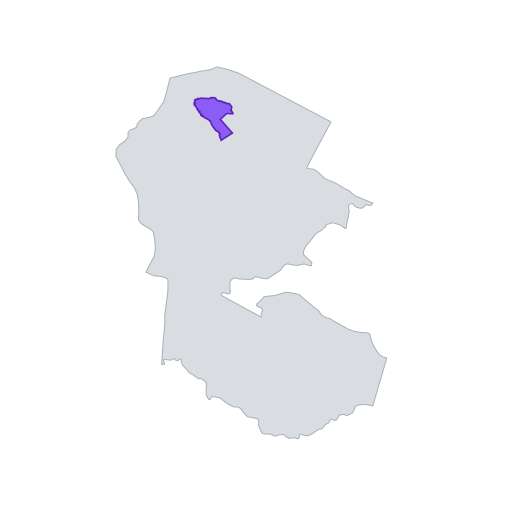 Senanga, Western, Zambia (highlighted), rotated 118°
{"feature_id": "96606910B84216604788069", "entity_name": "Senanga", "entity_type": "district", "adm_level": 2, "iso_a3": "ZMB", "parent_name": "Zambia", "parent_adm1": "Western", "projection": "equal_earth", "projection_center": [23.97, -16.023], "detail": "fine", "context": "in_parent", "style": "filled", "palette": "violet", "viewbox_px": 512, "rotation_deg": 118, "n_neighbors": 0, "source": "geoboundaries", "source_scale": "gbopen_adm2", "svg_char_len": 8129}
<svg xmlns="http://www.w3.org/2000/svg" viewBox="0 0 512 512"><g transform="rotate(118 256 256)"><path d="M322.0,345.7L304.7,345.7L298.3,347.6L293.1,350.4L286.9,354.7L283.3,357.8L282.3,359.5L281.8,363.2L281.7,368.9L281.1,373.0L279.1,376.8L269.7,381.4L263.6,385.1L257.5,389.5L252.9,395.3L249.7,402.3L244.5,411.0L233.6,426.6L227.4,429.5L222.1,428.8L215.8,425.6L210.8,424.9L207.1,427.0L203.6,426.3L200.5,423.1L197.8,421.9L195.7,422.8L193.0,422.6L188.0,420.8L183.7,415.3L181.3,413.0L179.5,412.1L174.4,411.2L162.5,409.9L150.1,412.7L139.3,415.5L128.2,403.1L117.6,390.0L115.3,386.7L111.3,382.3L108.4,380.2L107.3,379.1L104.3,367.4L102.7,356.6L102.4,252.8L151.2,252.8L154.4,252.4L154.5,251.3L152.3,245.7L152.4,243.7L153.0,239.9L155.1,232.4L155.3,229.9L154.3,221.6L154.4,217.0L154.9,207.8L154.6,204.6L155.7,200.4L156.1,197.6L156.6,196.5L156.0,193.3L155.0,182.2L154.5,177.6L157.4,178.3L158.4,180.5L158.9,183.0L160.3,183.2L163.8,184.6L165.0,186.7L165.8,191.1L165.3,193.4L164.2,195.2L165.3,196.9L167.6,197.9L169.0,197.6L172.9,194.6L176.5,193.5L178.4,192.7L186.5,190.7L188.1,189.6L189.2,189.6L190.0,190.5L189.3,193.6L189.1,196.4L190.1,201.7L190.8,204.1L192.5,205.9L193.7,206.9L195.1,208.8L197.9,208.4L204.1,211.1L205.9,212.4L208.6,213.6L210.4,214.1L216.8,215.0L223.5,216.5L227.0,216.6L229.5,216.2L231.2,215.5L232.3,214.6L232.8,213.9L235.4,203.9L236.7,203.1L238.4,202.6L239.3,203.5L240.4,209.8L245.2,215.5L246.9,220.3L248.1,224.4L249.1,225.5L251.0,226.9L253.9,227.4L256.6,227.5L269.7,234.5L271.1,235.8L272.7,239.5L273.6,243.7L274.6,247.0L276.3,247.6L277.8,247.9L279.3,250.1L280.4,252.1L284.3,260.3L284.8,263.6L286.7,265.8L289.2,266.7L291.6,266.8L292.9,265.8L296.3,264.2L298.9,262.2L300.8,261.5L302.0,262.0L302.8,263.3L303.3,267.4L305.2,268.8L306.6,268.2L307.1,266.6L307.1,265.8L307.5,223.0L306.3,223.3L304.7,224.5L301.3,224.6L299.9,225.5L299.5,226.9L299.7,228.7L299.8,231.1L299.3,232.3L297.7,232.7L295.5,231.8L291.6,230.5L288.2,229.8L285.9,226.6L282.7,221.7L280.6,219.3L275.5,214.2L274.6,213.2L273.1,210.8L271.8,206.8L270.5,202.2L269.8,199.2L271.1,194.6L274.2,179.7L274.9,175.1L277.4,170.4L277.6,166.2L276.6,160.8L276.9,157.8L277.3,140.7L276.7,135.3L275.0,129.3L271.4,121.0L271.4,119.2L277.1,113.8L278.8,111.7L281.8,107.3L283.8,103.6L285.1,100.6L285.6,96.6L284.6,92.9L286.6,92.2L333.6,82.5L334.3,85.1L335.7,89.4L337.3,92.5L339.3,95.2L341.0,96.9L342.1,97.4L349.3,97.2L351.9,98.9L354.2,101.0L354.7,104.3L356.2,106.3L357.8,107.9L358.5,108.1L359.7,107.8L361.6,107.7L363.4,108.4L364.2,109.1L364.3,111.9L364.8,113.1L367.3,113.6L369.8,113.8L372.2,115.6L374.7,116.0L377.7,116.7L379.1,118.7L382.3,120.8L386.2,122.6L390.5,125.7L390.6,126.6L391.3,128.4L392.0,129.7L392.1,131.6L392.4,133.3L393.5,133.7L394.4,133.8L395.3,132.6L396.4,132.6L397.7,133.4L398.1,135.4L399.1,138.1L400.7,140.0L401.7,141.8L401.3,145.0L400.6,148.0L402.7,151.0L405.5,153.8L406.3,155.0L406.4,159.1L406.8,160.5L408.7,164.0L409.6,166.3L409.5,167.6L404.4,174.4L401.2,175.5L399.8,176.9L399.0,178.3L400.9,185.1L402.0,187.7L401.0,190.9L398.9,196.4L398.0,196.9L397.8,201.0L398.4,202.5L399.4,203.7L399.8,206.5L399.6,213.5L398.2,221.5L400.4,228.4L401.2,229.1L404.4,229.2L404.9,229.8L404.1,231.7L401.9,234.8L397.8,237.1L391.9,239.7L390.7,242.2L389.9,245.9L390.5,248.0L391.3,249.2L391.0,252.4L390.4,255.7L390.6,258.4L390.3,260.7L389.5,261.8L388.4,265.4L387.1,268.9L386.1,270.5L384.6,272.2L382.3,273.6L382.3,274.3L384.9,275.9L385.6,277.0L385.8,277.8L384.7,279.6L385.9,280.7L387.4,281.6L388.7,283.9L390.2,288.3L390.5,288.8L391.0,288.8L391.8,288.3L393.5,286.6L394.6,285.9L396.0,288.5L371.6,299.4L365.8,301.6L357.3,305.4L354.5,306.9L352.3,308.3L329.6,316.8L326.0,318.5L318.0,322.8L317.7,323.5L317.8,325.5L318.5,329.6L319.8,333.3L321.0,335.4L321.7,340.9L322.0,345.7Z" fill="#d9dde1" stroke="#a8b0b8" stroke-width="1"/><path d="M158.5,334.5L152.1,351.6L144.0,348.8L141.3,343.2L141.0,343.2L140.9,343.6L140.5,343.7L140.2,344.0L140.3,344.2L140.0,344.4L139.9,344.9L139.5,345.3L139.4,345.6L139.5,346.0L139.4,346.4L139.1,346.7L138.7,346.8L138.2,346.6L136.7,347.2L136.4,347.1L135.9,347.2L135.1,348.4L134.8,349.2L134.6,349.5L134.6,349.9L134.6,350.1L134.4,350.2L134.4,350.3L134.2,350.7L134.0,351.0L134.0,351.4L134.4,351.8L134.5,352.3L135.0,352.5L135.0,353.0L134.9,353.3L134.9,353.5L135.1,353.7L135.3,354.2L135.5,354.3L135.5,354.5L135.0,354.7L134.9,354.8L134.9,355.0L135.3,355.4L135.3,355.5L135.1,356.1L135.2,356.3L135.5,356.5L135.5,356.9L135.5,357.1L135.8,356.9L136.0,357.0L136.0,357.3L135.8,357.7L135.8,358.3L135.4,358.5L135.5,358.8L135.8,358.8L135.9,359.1L135.7,359.4L135.7,359.6L135.9,360.5L136.1,360.6L136.3,360.4L136.5,360.5L136.4,360.9L136.2,361.1L136.3,361.2L136.4,361.3L136.6,361.2L136.9,361.5L137.0,361.7L137.0,361.8L136.8,362.1L136.7,362.7L136.7,363.3L136.5,363.9L136.6,364.1L136.6,364.7L136.5,364.8L136.0,364.9L135.9,365.1L135.8,365.6L135.6,366.1L135.6,366.7L135.8,366.9L135.8,367.3L135.9,367.7L136.3,368.4L136.7,368.5L136.9,368.6L136.9,369.2L136.9,369.4L137.0,369.7L137.1,369.9L137.3,370.1L137.6,370.0L138.1,370.8L138.4,371.0L138.9,371.4L139.3,371.5L139.4,371.8L139.6,372.2L139.7,372.6L140.0,373.5L140.1,374.1L140.2,374.3L140.8,374.7L141.0,375.5L141.3,375.9L141.3,376.1L141.2,376.4L141.6,376.8L141.8,377.2L142.1,377.5L142.2,378.4L142.3,378.6L142.9,379.3L143.2,379.3L143.3,379.4L143.6,380.0L143.7,380.3L143.9,380.5L144.4,380.7L144.5,380.8L144.5,381.1L144.2,381.0L144.3,381.3L144.3,381.5L144.5,381.7L144.8,381.7L144.9,381.8L145.6,381.6L145.8,382.0L146.0,382.4L146.0,382.8L146.2,383.0L146.5,383.1L146.8,383.3L147.2,383.5L147.3,383.4L147.3,383.2L147.4,382.9L147.6,382.9L147.8,382.8L147.8,382.6L148.0,382.5L148.3,382.6L148.5,382.6L148.7,382.2L148.9,382.3L149.3,382.1L149.5,382.1L149.6,381.9L149.7,382.0L149.7,381.9L150.0,382.1L150.2,381.9L150.3,381.7L150.5,381.5L150.7,381.3L151.0,381.3L151.0,381.2L151.2,381.3L151.3,381.2L151.3,381.3L151.4,381.2L151.5,381.3L151.6,381.1L151.8,381.1L151.8,380.9L151.8,381.0L151.9,380.8L151.8,380.6L151.9,380.3L151.9,380.2L151.9,379.9L152.0,379.8L152.2,379.6L152.2,379.2L152.4,379.0L152.5,379.0L152.8,378.5L152.8,378.4L152.9,377.9L153.2,377.7L153.3,377.5L153.3,377.4L153.5,377.3L153.5,377.2L153.8,376.9L153.8,377.0L153.8,376.9L153.9,377.0L154.0,376.9L154.0,376.6L154.0,376.4L154.1,376.2L154.2,376.3L154.3,376.2L154.4,375.9L154.5,375.9L154.6,375.7L154.6,375.4L154.6,375.2L154.8,375.0L154.9,374.9L154.9,374.6L155.0,374.6L155.0,374.4L155.1,374.5L155.3,374.1L155.5,374.1L155.5,373.8L155.4,373.7L155.5,373.7L155.5,373.3L155.8,373.3L155.8,373.2L155.9,372.9L156.0,372.6L156.4,372.1L156.4,371.9L156.5,372.0L156.6,371.8L156.7,371.7L156.6,371.4L156.6,371.1L156.7,370.9L156.8,370.7L156.8,370.8L156.9,370.7L157.0,370.5L156.9,370.5L157.0,370.5L156.9,370.4L157.0,370.4L157.1,370.2L157.2,369.9L157.3,369.9L157.2,369.7L157.3,369.8L157.3,369.7L157.3,369.4L157.5,369.2L157.4,369.1L157.4,368.9L157.5,368.9L157.7,368.6L157.7,368.4L157.8,368.5L157.8,368.4L157.8,368.2L157.9,367.7L157.8,367.3L158.0,366.9L157.9,366.7L158.1,366.4L158.1,366.2L157.9,365.9L157.9,365.7L157.9,364.9L158.0,364.7L158.0,364.1L157.9,363.9L157.9,363.7L158.0,363.3L157.9,363.1L158.0,362.7L158.1,362.0L158.0,361.6L158.0,361.4L158.1,361.1L158.2,360.9L158.3,360.7L158.2,360.7L158.3,360.5L158.2,360.4L158.2,360.0L158.3,360.0L158.4,359.9L158.3,359.7L158.5,359.5L158.5,359.3L158.7,359.0L158.8,359.0L158.8,358.9L159.6,358.3L159.8,358.0L159.9,357.9L160.4,357.3L160.7,356.9L160.8,356.8L160.9,356.7L161.0,356.4L161.4,356.0L161.5,355.6L161.8,355.3L162.0,354.7L162.3,354.5L162.4,354.3L162.5,354.0L162.4,353.8L162.5,353.7L162.4,353.5L162.7,353.4L162.8,353.1L162.9,352.9L163.0,352.8L163.1,352.3L163.5,351.9L163.6,351.4L163.6,351.0L163.8,350.8L163.9,350.6L164.1,350.5L164.0,349.9L164.0,349.6L164.2,349.3L164.1,348.9L164.1,348.7L164.1,348.4L163.9,348.1L164.0,347.9L164.2,347.7L164.3,347.4L164.4,347.2L164.4,346.9L164.2,346.7L164.3,346.3L164.5,346.1L164.9,346.1L164.9,345.8L165.1,345.5L165.1,345.3L165.2,345.2L165.3,344.9L165.5,344.8L165.8,345.1L166.0,345.2L166.6,345.0L166.8,344.7L167.1,344.7L167.4,344.4L167.6,343.9L167.8,343.5L168.1,343.3L168.3,343.4L168.5,343.0L168.8,342.9L169.0,342.3L169.1,342.1L169.2,341.9L169.4,341.5L169.6,341.3L169.9,341.4L170.2,341.1L158.5,334.5Z" fill="#8b5cf6" stroke="#5b21b6" stroke-width="1.5"/></g></svg>